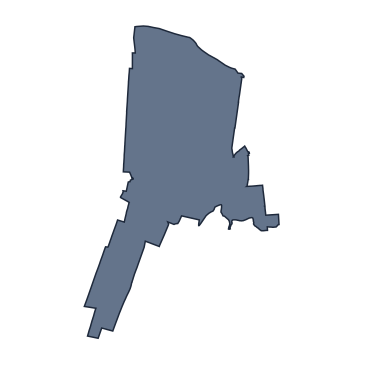 Gradistea, Calarasi, Romania (Natural Earth projection), rotated 188°
{"feature_id": "2599482B45351562291775", "entity_name": "Gradistea", "entity_type": "district", "adm_level": 2, "iso_a3": "ROU", "parent_name": "Romania", "parent_adm1": "Calarasi", "projection": "natural_earth1", "projection_center": [27.161, 44.243], "detail": "fine", "context": "isolated", "style": "filled", "palette": "slate", "viewbox_px": 384, "rotation_deg": 188, "n_neighbors": 0, "source": "geoboundaries", "source_scale": "gbopen_adm2", "svg_char_len": 5870}
<svg xmlns="http://www.w3.org/2000/svg" viewBox="0 0 384 384"><g transform="rotate(188 192 192)"><path d="M166.4,319.7L169.8,320.1L172.3,320.7L176.8,322.2L183.6,325.6L185.3,326.5L193.4,329.6L194.6,330.0L195.7,330.6L199.7,332.6L202.3,334.0L206.5,336.9L207.1,337.5L208.0,338.6L208.2,338.9L208.4,339.3L209.3,340.3L211.3,342.0L212.2,342.7L214.5,344.0L215.7,344.6L216.2,344.7L216.5,344.7L217.1,344.7L224.2,345.4L231.1,346.3L238.4,347.6L246.2,349.1L246.6,349.2L247.3,349.3L252.8,349.5L258.5,349.9L263.2,349.6L269.8,348.2L271.5,347.7L271.2,336.5L268.6,326.6L268.5,326.2L267.5,321.8L270.4,321.4L270.0,318.9L268.2,305.9L271.1,305.7L270.8,302.0L270.7,299.2L270.3,293.7L270.3,293.0L270.0,290.0L269.8,287.4L268.9,275.5L268.6,272.4L267.9,262.4L267.7,261.4L267.4,257.7L266.8,250.6L266.7,249.8L266.4,246.5L266.4,245.7L265.3,232.3L265.2,231.0L265.0,229.2L265.0,228.2L264.8,226.2L264.7,225.0L264.5,222.9L264.4,221.0L264.3,219.4L264.1,217.7L264.0,217.0L263.8,214.5L263.7,213.1L263.6,212.1L263.5,209.9L263.2,207.2L263.0,204.4L262.8,202.4L257.3,202.9L256.6,203.0L255.4,201.1L254.6,199.7L253.8,198.3L253.5,197.5L252.8,197.8L252.1,197.1L252.0,196.7L254.6,195.2L254.7,194.6L254.8,193.6L255.3,193.5L256.5,193.0L256.7,190.4L257.0,186.1L257.2,183.6L260.5,183.6L260.4,183.3L260.3,183.0L260.2,182.9L260.5,181.1L260.5,180.9L261.4,178.8L262.1,177.1L262.0,176.6L258.4,175.2L255.0,173.9L252.8,173.0L252.9,172.8L252.9,172.6L253.0,171.4L253.0,171.2L253.3,169.1L253.5,166.3L253.6,166.1L254.0,163.8L254.1,162.7L254.1,161.8L254.1,161.5L254.5,157.6L254.9,152.8L261.8,153.9L262.6,149.5L263.9,143.5L264.7,139.6L265.3,136.9L265.6,135.1L266.1,132.8L266.5,130.6L266.9,128.7L267.4,126.3L267.4,126.0L267.5,125.9L267.8,125.7L268.1,125.7L268.5,125.7L269.7,125.7L269.9,125.7L270.0,125.5L270.1,125.2L271.2,119.8L271.7,117.1L272.9,111.5L273.5,108.2L274.4,103.9L275.7,98.2L277.2,90.6L278.4,84.5L280.3,75.0L281.2,70.6L282.7,63.7L271.0,63.5L271.1,63.2L271.3,62.0L271.4,61.2L271.6,60.1L271.8,58.7L272.1,56.4L272.3,54.8L272.5,53.9L272.6,53.3L272.8,51.8L273.0,51.0L273.2,49.5L273.4,48.0L273.6,46.7L273.7,45.8L273.8,44.9L274.6,40.4L274.9,38.1L275.1,36.8L275.4,34.8L264.6,34.1L262.5,44.7L251.1,43.3L249.3,51.7L249.0,53.0L246.8,63.0L246.7,63.2L245.3,69.0L243.9,74.2L242.9,77.4L242.6,78.6L242.1,80.3L240.8,84.2L239.8,87.7L239.5,89.5L239.3,90.8L239.1,94.0L238.9,94.1L238.9,94.4L238.7,95.8L238.4,97.4L238.1,99.5L237.8,101.1L237.6,102.5L236.5,107.4L236.2,108.6L235.9,109.9L235.5,112.0L235.2,113.5L231.7,130.6L231.4,136.8L216.8,133.5L216.7,134.4L213.5,145.7L210.8,156.0L210.7,157.0L211.9,159.0L205.3,157.4L204.4,158.0L203.0,158.5L202.4,158.6L201.7,158.8L200.6,161.4L199.0,166.9L180.9,165.4L180.9,161.0L180.7,159.7L180.2,159.8L178.9,162.1L174.7,170.6L172.3,173.3L170.5,174.8L168.5,176.1L167.7,177.8L167.3,180.1L165.9,181.2L164.1,182.3L162.5,183.2L161.4,183.5L161.1,183.4L160.8,182.8L160.7,182.1L160.7,181.4L160.5,180.3L160.6,179.3L160.5,179.0L160.6,178.5L160.6,177.2L160.5,176.1L160.3,175.9L159.2,174.6L158.0,172.7L156.4,172.5L152.0,169.6L151.1,168.4L150.2,166.2L150.2,164.5L150.2,164.1L150.3,163.9L150.6,162.5L150.7,161.0L150.7,160.4L150.3,160.3L150.0,160.3L149.8,160.4L149.0,160.8L149.1,161.0L149.3,161.6L149.3,162.4L149.2,162.9L149.0,163.5L148.9,164.0L148.8,164.5L148.7,165.0L148.0,166.0L148.0,167.1L148.4,167.5L148.5,167.7L148.5,168.1L148.6,168.3L148.6,168.6L148.4,168.9L148.2,169.6L147.7,170.0L146.7,170.3L144.8,170.5L143.8,170.5L143.5,170.4L143.0,170.4L141.4,170.3L140.9,170.2L140.5,170.2L139.9,170.3L139.5,170.3L139.0,170.3L138.4,170.5L137.4,170.7L136.3,171.3L135.7,171.6L134.5,172.3L132.3,173.8L131.4,174.3L129.5,174.9L128.9,175.0L128.0,174.5L127.8,173.7L127.5,173.3L127.3,172.9L127.3,172.4L127.3,172.0L127.1,171.5L126.8,170.9L126.6,170.4L126.6,170.0L126.6,169.2L126.6,168.9L125.8,167.9L125.5,167.6L125.1,167.3L124.5,166.9L123.9,166.8L122.6,165.9L121.9,165.7L121.7,165.6L121.6,165.4L120.4,164.7L120.0,164.3L118.3,163.5L118.1,163.3L117.5,163.4L116.3,163.5L115.0,163.8L113.5,164.2L112.6,164.4L111.9,164.5L112.2,166.0L112.6,168.0L111.5,168.1L110.6,168.1L110.0,168.1L109.0,168.3L108.4,168.3L107.5,168.3L106.6,168.4L105.9,168.6L103.8,169.1L102.0,171.7L101.3,171.9L103.3,181.9L115.7,179.3L115.9,180.0L116.2,181.3L116.8,183.6L117.2,185.1L117.6,186.8L117.7,187.5L117.8,187.6L117.7,187.6L117.8,188.2L118.0,188.8L118.9,192.4L119.3,194.0L120.0,196.6L120.6,198.9L121.2,201.1L122.0,203.9L122.2,205.1L122.6,206.6L122.9,207.7L123.1,208.5L123.7,208.3L124.3,208.2L125.5,208.0L126.3,207.8L128.1,207.4L128.6,207.2L129.0,207.2L129.6,207.0L134.1,206.0L134.7,205.9L138.4,205.2L138.3,205.3L138.3,205.5L138.2,208.2L138.1,212.4L137.9,212.4L138.0,212.7L138.3,215.6L138.6,218.4L139.0,221.3L139.3,223.0L139.7,225.5L140.2,228.3L140.6,230.5L141.2,233.8L141.5,235.1L141.8,235.5L142.0,235.8L141.6,236.0L140.9,236.2L141.2,237.1L141.5,238.1L140.6,238.3L140.8,239.0L141.3,238.9L141.5,239.7L142.2,239.6L142.3,239.7L142.5,239.9L143.4,241.1L144.0,242.0L144.7,243.0L145.7,244.1L146.2,244.8L146.7,244.2L147.0,243.9L147.5,243.4L148.1,242.7L149.6,241.2L150.0,240.8L150.5,240.4L150.7,240.1L150.8,240.0L151.0,239.6L151.2,239.3L151.5,238.9L152.3,238.3L152.8,237.8L153.2,237.4L153.6,236.9L153.8,236.6L154.5,235.5L154.9,234.8L155.2,234.2L155.3,234.1L155.4,233.9L155.5,233.7L155.3,232.5L156.0,232.5L155.9,232.7L156.0,233.1L156.6,234.6L156.7,235.1L156.9,235.5L157.1,235.8L157.4,236.6L157.6,237.3L158.4,240.0L158.6,240.5L158.7,241.1L158.7,241.6L158.7,242.1L158.7,242.5L158.7,244.0L158.7,249.1L158.7,252.6L158.7,261.4L158.4,261.4L158.4,262.3L158.4,266.6L158.4,270.4L158.4,275.4L158.4,280.5L158.4,284.3L158.4,287.4L158.6,287.4L158.6,288.9L158.6,292.6L158.5,294.4L158.5,296.7L158.5,300.3L158.5,301.4L158.5,304.2L158.5,305.3L158.6,305.5L158.5,306.0L158.5,310.1L158.5,311.2L158.6,311.5L159.2,312.5L159.2,312.8L158.1,312.7L156.7,312.6L156.6,313.4L156.6,313.8L156.7,314.0L157.2,314.4L159.3,316.3L163.0,316.1L166.4,319.7Z" fill="#64748b" stroke="#1e293b" stroke-width="1.5"/></g></svg>